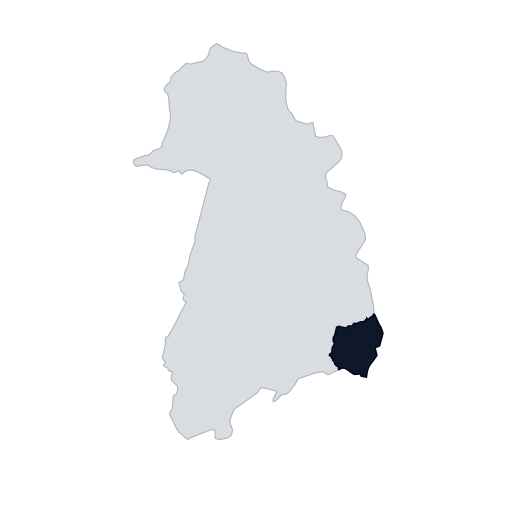 Oudalan, Oudalan, Burkina Faso (highlighted), rotated 105°
{"feature_id": "67063806B71789570765121", "entity_name": "Oudalan", "entity_type": "district", "adm_level": 2, "iso_a3": "BFA", "parent_name": "Burkina Faso", "parent_adm1": "Oudalan", "projection": "mercator", "projection_center": [-0.376, 14.623], "detail": "fine", "context": "in_parent", "style": "filled", "palette": "ink", "viewbox_px": 512, "rotation_deg": 105, "n_neighbors": 0, "source": "geoboundaries", "source_scale": "gbopen_adm2", "svg_char_len": 7569}
<svg xmlns="http://www.w3.org/2000/svg" viewBox="0 0 512 512"><g transform="rotate(105 256 256)"><path d="M377.6,320.2L364.9,320.7L360.3,322.1L357.5,322.1L357.4,320.9L357.1,320.2L341.1,316.3L329.9,314.0L318.5,311.5L317.8,313.9L316.2,315.4L313.7,315.5L312.0,315.2L310.9,317.0L309.0,319.5L306.4,320.7L303.8,322.2L302.3,323.5L301.3,323.5L298.7,320.4L295.2,320.1L288.7,320.6L285.8,319.8L281.9,319.3L272.5,320.0L257.5,318.7L255.0,319.4L254.4,320.0L239.6,320.1L223.2,320.3L209.6,320.4L197.6,320.5L197.6,320.0L193.8,319.9L193.3,321.0L190.0,333.5L189.6,340.3L191.4,344.5L193.4,347.2L195.7,348.3L195.9,349.8L194.1,351.8L194.2,353.8L196.4,355.9L196.9,358.0L195.8,360.3L196.1,365.8L197.7,374.5L197.7,380.1L196.2,382.7L196.9,387.1L199.9,393.3L200.4,395.9L199.3,397.1L196.9,398.7L194.4,398.7L191.5,394.9L190.3,393.2L187.9,389.4L186.0,385.6L183.3,383.9L180.7,382.4L177.5,377.5L174.4,375.2L171.1,375.9L166.3,375.0L156.7,373.8L146.4,374.1L142.1,375.2L137.9,377.0L127.2,380.9L122.9,382.8L119.7,387.7L116.1,387.6L112.4,386.0L110.1,383.8L105.3,384.3L100.5,382.1L96.0,377.9L92.6,376.5L88.3,373.5L87.1,367.6L84.4,363.5L81.9,357.9L78.2,355.3L73.9,354.0L68.0,354.2L64.1,352.0L61.0,348.6L61.8,345.8L63.2,341.7L63.4,337.7L64.3,331.3L63.7,323.3L62.6,317.7L65.9,315.4L69.7,313.3L72.0,309.5L74.5,301.0L75.5,293.6L74.8,290.9L73.5,288.7L72.5,285.5L71.9,281.6L72.6,278.2L75.5,275.1L79.1,272.5L81.6,271.2L88.3,269.9L96.8,267.9L101.6,265.7L105.2,263.5L107.2,261.7L109.2,258.1L112.5,255.3L115.0,252.5L115.3,244.7L115.3,240.2L113.4,237.8L112.4,235.6L124.9,229.5L125.0,225.2L123.3,220.3L120.8,216.4L119.9,213.0L123.4,209.1L126.4,206.1L128.7,203.6L133.6,199.7L138.7,198.7L143.3,200.2L157.0,209.2L159.4,209.8L162.2,209.1L165.8,206.7L170.5,204.9L172.2,198.8L172.1,189.8L173.1,185.7L175.6,185.0L183.5,186.7L185.5,186.8L187.8,186.2L189.5,184.7L189.4,181.8L189.0,179.2L191.6,170.9L196.3,164.6L205.8,156.8L208.7,155.3L212.1,154.5L229.1,159.8L231.9,158.5L236.0,145.2L240.6,143.9L246.1,143.7L249.7,142.5L251.6,141.6L259.6,136.5L273.9,129.6L281.5,126.7L283.0,125.6L288.5,120.7L295.8,115.0L300.4,113.9L306.8,113.5L310.8,114.4L311.9,116.0L313.3,116.8L321.6,114.4L333.6,118.3L344.0,122.0L343.3,124.4L343.2,128.6L342.4,135.2L341.3,143.1L345.6,148.2L350.7,153.7L352.1,155.9L350.7,161.3L351.7,164.5L354.4,169.8L359.0,176.5L363.7,183.4L367.0,184.4L370.1,184.9L372.0,186.1L374.7,187.3L377.5,188.1L379.9,189.6L381.4,191.1L383.4,195.4L388.7,198.2L392.4,201.0L390.9,202.4L386.3,201.8L382.0,200.6L381.4,202.6L381.2,210.5L381.9,217.0L382.9,217.8L387.3,219.0L397.7,227.5L407.2,235.4L410.4,237.5L415.6,238.3L421.4,238.6L424.0,237.9L429.6,233.9L432.7,233.4L435.4,233.5L437.0,234.2L439.7,237.4L442.2,242.4L443.0,246.0L442.7,248.0L441.8,248.7L437.2,249.7L435.2,250.4L434.7,251.5L435.4,254.0L436.3,255.5L441.4,262.7L448.7,272.3L451.0,274.7L449.7,277.6L446.0,285.1L443.2,288.2L430.8,298.8L424.8,297.6L412.1,299.7L410.2,297.3L407.2,297.0L403.6,297.4L402.2,298.3L401.8,299.3L400.5,300.8L398.2,305.0L396.3,306.1L394.1,306.7L391.3,306.6L389.7,307.2L389.7,309.3L389.2,311.1L387.3,312.0L386.5,314.0L386.7,316.0L385.6,316.9L383.2,316.4L381.8,315.9L380.4,318.5L378.8,320.2L377.6,320.2Z" fill="#d9dde1" stroke="#a8b0b8" stroke-width="1"/><path d="M344.4,146.6L342.7,145.0L341.9,143.3L341.5,141.8L341.4,141.3L342.0,138.8L343.7,134.4L344.6,131.7L344.9,130.3L343.2,125.6L343.5,124.3L344.9,123.3L344.8,122.8L344.5,118.6L344.5,118.0L343.7,118.1L343.1,118.0L342.2,118.3L341.3,118.5L340.6,118.4L340.2,118.5L339.2,118.5L337.9,118.6L336.3,118.6L335.1,118.5L334.6,118.4L333.9,118.3L333.3,118.3L332.8,118.2L331.4,117.6L328.6,116.5L328.4,116.4L327.8,116.1L326.7,115.7L325.9,115.5L325.9,115.4L325.2,115.1L325.0,114.9L324.4,114.9L321.8,113.8L321.0,113.6L320.7,113.6L319.9,113.8L318.4,114.8L317.6,115.1L314.7,116.9L314.1,117.1L313.6,117.0L313.3,116.8L312.8,115.9L312.5,115.5L311.4,114.0L310.8,113.4L310.5,113.3L308.3,113.3L307.1,113.4L301.8,113.3L299.8,113.3L298.7,113.3L298.0,113.4L297.8,113.4L296.8,113.9L295.6,114.7L294.4,115.5L294.0,115.8L293.2,116.4L292.6,116.8L291.9,117.6L291.7,117.9L291.0,118.4L289.7,119.9L283.4,124.9L282.0,126.2L281.6,126.5L282.0,127.5L282.3,127.5L282.6,127.6L282.8,127.5L283.0,127.5L283.3,127.6L283.6,127.7L283.6,127.8L283.7,128.0L283.9,128.1L284.0,128.0L284.3,128.1L284.5,128.3L284.8,128.5L285.1,128.9L285.2,129.0L285.4,129.3L285.5,129.4L285.8,129.5L286.0,129.6L286.0,129.9L286.0,130.0L286.8,130.2L287.0,130.2L287.1,130.3L287.3,130.5L287.6,130.4L287.7,130.5L287.8,130.5L288.0,130.6L287.9,130.9L288.0,130.9L287.9,131.1L287.8,131.3L287.9,131.5L287.8,131.9L287.7,132.1L287.6,132.4L287.5,132.8L287.4,132.9L287.7,132.9L287.8,132.8L288.1,132.7L288.4,132.8L288.6,133.0L288.8,133.0L289.0,133.3L289.1,133.5L289.4,133.7L289.9,133.9L290.0,133.9L290.3,134.0L290.5,134.0L290.8,134.3L291.0,134.4L291.1,134.6L291.3,134.7L291.6,134.8L291.7,135.1L291.7,135.3L291.8,135.6L292.0,136.0L292.1,136.6L292.2,136.9L292.5,137.2L292.5,137.3L292.5,137.5L292.5,137.8L292.6,138.0L292.8,138.2L293.0,138.3L293.2,139.0L293.4,139.3L294.1,139.7L294.1,139.9L294.2,140.1L294.2,140.4L294.3,140.5L294.5,140.5L294.8,140.7L294.9,140.8L295.1,141.0L295.1,141.3L295.3,141.4L295.4,141.5L295.5,141.5L295.5,141.8L295.5,142.1L295.6,142.3L295.6,142.6L295.4,143.0L295.5,143.2L295.5,143.4L295.5,143.5L295.6,143.8L295.8,143.9L296.0,143.9L296.3,144.2L296.4,144.3L296.5,144.4L296.6,144.5L296.8,144.5L296.9,144.4L297.5,144.5L298.0,144.6L298.3,144.5L298.5,144.6L298.6,144.9L298.7,145.2L299.0,146.3L299.5,147.7L299.5,148.2L299.6,148.5L299.8,148.6L300.0,148.8L300.3,149.0L300.6,149.5L300.9,149.5L301.1,149.5L301.5,149.7L301.9,149.6L302.1,149.7L302.1,149.8L302.5,155.5L302.4,156.5L302.4,156.9L302.4,157.3L302.7,158.2L302.9,158.7L303.3,159.1L303.6,159.4L304.0,159.6L304.4,159.7L305.1,159.7L306.5,159.6L309.3,159.6L311.7,159.5L312.3,159.5L312.5,159.5L313.1,159.8L313.3,159.9L313.5,160.0L314.3,160.1L316.1,160.1L316.6,159.7L316.8,159.4L316.9,159.2L317.0,159.3L317.3,159.3L317.5,159.4L317.9,159.4L318.0,159.5L318.2,159.4L318.3,159.3L318.4,159.1L318.5,159.1L318.5,158.6L318.8,158.4L319.0,158.3L319.3,158.3L319.4,158.2L319.6,158.1L319.9,158.0L320.1,157.8L320.5,157.6L320.8,157.6L321.2,157.6L321.8,157.8L322.3,158.0L322.9,158.2L323.3,158.3L323.7,158.3L324.3,158.5L324.8,158.5L325.0,158.6L325.3,158.7L325.5,158.6L325.9,158.4L326.2,158.4L326.4,158.4L326.5,158.4L326.8,158.3L327.0,158.2L327.3,158.2L327.6,158.1L327.8,158.2L328.1,158.0L328.3,157.9L328.5,157.8L328.8,157.9L329.2,157.9L329.4,157.7L329.5,157.7L329.6,157.8L329.7,157.7L329.8,157.7L329.9,157.8L330.2,158.0L330.3,158.0L330.5,158.1L330.6,158.3L330.7,158.5L330.8,158.6L331.1,158.6L331.2,158.9L331.3,159.0L331.5,159.1L331.6,159.4L331.9,159.4L332.1,159.5L332.3,159.5L332.4,159.4L332.5,159.3L332.8,159.3L333.1,159.3L333.1,159.2L333.2,158.9L333.3,158.7L333.4,158.3L333.4,158.1L333.5,157.9L333.5,157.6L333.5,157.2L333.8,157.1L334.2,156.8L334.4,156.8L334.6,156.8L334.8,156.8L335.0,156.6L334.9,156.5L334.9,156.4L334.9,156.2L335.0,156.1L335.1,155.8L335.2,155.7L335.2,155.4L335.3,155.4L335.5,155.4L335.8,155.3L336.3,155.2L336.6,155.2L336.8,155.0L336.9,154.7L337.1,154.4L337.3,154.1L337.9,153.5L338.0,153.3L338.2,153.1L338.3,153.0L338.3,152.9L338.4,152.7L338.6,152.3L338.7,152.2L338.8,152.2L339.0,152.3L339.2,152.2L339.4,152.2L339.6,152.2L339.9,152.0L340.1,151.7L340.0,151.4L340.1,151.2L340.3,151.1L340.5,151.0L340.5,150.9L340.6,150.7L340.7,150.4L340.8,150.4L341.2,150.1L341.3,149.9L341.3,149.4L341.4,149.1L341.4,148.7L341.5,148.1L341.5,147.9L341.6,147.5L341.8,147.6L342.1,147.6L342.4,147.6L342.5,147.6L343.0,147.5L343.2,147.4L343.7,147.1L343.8,147.0L344.0,146.9L344.3,146.7L344.4,146.6Z" fill="#0f172a" stroke="#020617" stroke-width="1.5"/></g></svg>